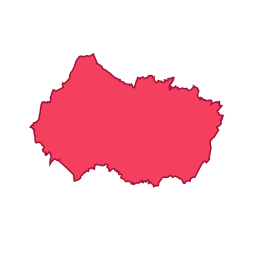 outline of Juárez, Michoacán, Mexico, rotated 217°
{"feature_id": "50627088B88478312202037", "entity_name": "Juárez", "entity_type": "district", "adm_level": 2, "iso_a3": "MEX", "parent_name": "Mexico", "parent_adm1": "Michoacán", "projection": "equal_earth", "projection_center": [-100.442, 19.293], "detail": "fine", "context": "isolated", "style": "filled", "palette": "rose", "viewbox_px": 256, "rotation_deg": 217, "n_neighbors": 0, "source": "geoboundaries", "source_scale": "gbopen_adm2", "svg_char_len": 5792}
<svg xmlns="http://www.w3.org/2000/svg" viewBox="0 0 256 256"><g transform="rotate(217 128 128)"><path d="M211.9,97.2L211.8,95.9L211.5,95.3L211.3,94.4L209.5,90.8L208.1,88.6L207.5,87.4L207.0,86.9L206.8,85.5L205.1,82.7L204.6,82.3L204.4,80.0L204.7,78.2L205.2,77.1L205.2,76.4L205.4,76.1L206.3,75.6L206.4,75.2L206.2,74.2L205.8,73.8L205.3,73.5L205.3,73.3L206.0,72.7L206.3,72.1L206.7,70.7L206.5,69.9L205.2,70.5L204.9,70.3L204.0,70.4L203.3,70.0L202.2,70.5L201.8,70.5L201.6,69.9L201.8,69.6L199.1,66.8L196.7,64.7L194.4,62.0L193.1,60.8L192.5,60.9L191.9,61.5L191.0,62.7L189.2,63.5L188.6,63.6L186.9,62.8L185.5,62.4L184.6,62.7L183.9,62.6L183.4,62.1L183.2,61.3L183.2,60.6L183.4,59.4L182.5,58.9L181.9,58.3L178.9,58.3L178.3,57.3L178.1,57.4L177.7,58.2L177.5,57.9L177.3,56.7L177.2,56.7L176.7,57.8L176.5,59.7L176.5,61.4L176.0,61.2L174.9,61.4L174.3,60.9L174.0,59.9L172.0,59.1L171.7,57.4L171.2,56.4L169.7,53.7L168.5,52.1L168.8,54.5L168.4,57.7L168.1,58.9L167.8,59.4L165.6,59.4L164.8,59.7L163.9,61.2L163.7,60.2L155.3,59.5L143.4,58.0L138.9,53.3L137.2,55.9L136.9,56.0L135.7,59.3L136.5,60.3L136.6,61.8L136.2,63.6L136.2,64.7L136.1,65.5L135.4,67.2L135.1,69.2L134.8,69.6L133.7,69.4L133.7,70.4L134.6,71.5L134.1,72.7L133.6,73.7L132.4,73.9L132.0,75.1L130.2,74.6L130.1,75.2L132.2,78.2L131.9,78.5L131.4,78.8L131.3,79.9L125.6,82.6L124.4,84.1L123.9,86.1L121.6,86.2L121.5,84.3L121.0,84.1L119.8,84.2L119.6,84.0L118.3,83.9L117.7,82.3L116.1,83.0L116.4,83.8L116.0,85.2L115.2,87.2L114.5,87.4L113.1,86.5L112.3,86.4L111.4,87.4L111.0,87.5L110.2,86.3L108.9,87.4L107.6,85.6L107.2,85.4L105.8,86.9L105.2,87.0L104.7,86.4L104.0,84.4L103.6,83.9L102.2,84.1L100.7,84.8L97.7,83.8L97.0,84.3L95.8,85.7L92.7,86.7L91.9,85.4L91.4,85.6L90.8,87.2L90.4,87.1L90.1,86.2L89.7,86.2L89.2,86.8L88.7,88.2L87.7,89.6L86.2,90.6L86.0,91.2L85.9,92.0L85.5,92.5L85.7,93.6L85.3,94.6L84.1,93.3L83.6,93.2L83.0,93.5L83.1,94.8L82.4,95.9L81.6,95.5L81.3,95.6L81.2,97.9L80.6,98.7L80.0,98.5L78.6,96.2L78.2,96.0L78.0,96.5L77.9,97.8L77.3,98.4L76.5,97.8L73.4,98.0L72.7,96.8L72.0,96.8L71.8,97.0L71.6,98.2L71.0,98.7L70.4,98.9L69.3,99.9L69.3,100.5L69.5,101.1L70.4,102.2L70.7,109.0L70.1,110.0L67.8,111.5L66.5,112.9L65.8,115.2L64.4,115.9L62.7,115.4L62.1,117.1L60.7,118.3L59.0,118.3L57.8,118.9L56.7,118.4L54.2,119.4L50.7,117.4L49.9,117.5L49.4,118.0L49.4,120.7L47.8,122.6L46.6,122.6L46.6,123.3L47.5,125.2L46.8,127.0L46.0,128.5L45.0,128.7L47.5,143.5L47.2,146.7L46.3,147.8L44.5,147.5L44.1,152.2L45.2,152.5L45.8,154.3L47.5,157.4L49.6,161.6L50.8,163.2L52.5,164.5L55.0,168.0L54.4,168.6L54.2,171.5L53.7,172.5L54.5,180.8L54.7,180.7L54.9,181.0L57.8,182.1L56.7,183.7L56.2,186.3L56.3,187.9L57.1,188.1L57.9,189.9L58.6,190.0L58.2,190.7L58.6,191.8L58.4,192.0L58.5,192.1L58.4,192.4L59.4,193.3L59.1,194.0L59.5,194.5L59.4,195.1L60.4,194.9L62.1,193.5L63.5,193.8L63.5,194.0L64.1,194.1L65.0,194.6L66.4,194.7L66.8,195.2L67.0,195.9L66.6,196.7L66.5,197.4L66.6,199.5L66.5,199.9L66.6,200.3L66.4,201.3L66.5,202.3L67.6,201.8L67.6,201.0L68.7,201.1L70.2,203.5L70.8,203.9L70.8,203.1L71.1,202.2L71.3,202.3L71.6,203.1L72.3,202.6L72.9,202.4L73.6,201.6L74.4,200.2L74.8,199.9L75.8,196.8L76.1,197.7L77.3,199.6L77.5,200.1L78.0,199.8L78.4,199.9L78.6,200.1L78.9,200.0L79.2,199.2L79.6,198.9L80.3,198.7L81.1,197.5L82.5,196.9L82.8,196.5L83.1,196.5L83.7,196.8L83.9,196.6L83.7,196.2L84.0,195.8L84.9,196.1L85.2,195.8L85.5,195.9L86.1,196.5L86.4,196.5L87.0,195.9L87.3,196.1L87.5,194.2L88.1,195.0L88.2,195.6L88.7,195.9L89.4,194.8L89.8,194.5L91.3,195.3L92.8,196.8L93.8,200.3L95.0,200.6L95.3,200.9L96.0,201.0L96.2,201.7L98.8,201.1L99.1,201.1L99.8,201.5L100.6,200.5L100.8,200.6L100.3,199.7L100.6,198.5L100.5,197.1L100.6,196.4L102.4,194.2L103.6,194.7L105.0,194.9L105.4,194.6L105.5,193.8L107.6,193.0L109.0,192.3L110.0,190.5L111.3,189.4L111.9,189.8L112.4,190.5L113.3,189.5L114.0,189.4L114.9,190.2L115.3,190.0L115.4,189.7L115.2,188.3L116.0,187.7L116.7,186.5L117.6,185.7L117.4,184.1L118.2,183.7L118.3,187.1L120.1,185.8L120.6,193.0L121.3,195.1L121.7,195.2L121.8,196.0L122.0,196.0L122.3,195.2L122.6,194.9L123.1,194.7L122.9,193.8L123.1,193.6L124.7,192.6L125.7,191.2L125.1,190.9L124.8,189.8L126.6,189.1L127.3,188.7L127.8,188.1L126.2,187.1L126.1,186.9L126.6,186.2L126.7,185.8L127.1,185.7L128.2,185.0L128.7,185.5L129.1,185.6L129.3,185.2L129.8,184.9L132.4,184.1L132.3,181.5L134.7,181.5L137.4,183.4L137.8,184.4L138.2,183.4L139.6,183.8L140.3,184.3L141.1,183.8L141.4,183.1L141.9,183.2L142.7,182.4L142.9,181.6L142.5,180.9L143.3,180.1L143.4,179.2L144.3,177.6L146.4,177.7L147.1,177.6L148.1,174.5L148.7,175.0L150.6,174.3L150.2,172.7L149.5,171.8L149.5,171.6L149.7,170.9L149.2,169.9L149.2,169.5L148.3,166.9L147.0,164.0L148.6,164.0L148.8,163.8L151.6,165.0L151.5,164.4L152.3,164.0L152.5,163.3L153.1,163.8L154.2,162.8L155.4,162.5L156.5,161.6L157.7,161.2L158.2,162.1L158.5,161.9L160.8,161.4L161.4,161.4L162.7,160.6L163.2,161.2L163.5,161.9L164.0,161.7L164.0,161.0L164.9,161.2L165.4,160.9L168.2,160.6L168.5,160.4L170.1,160.3L174.9,160.9L176.2,160.7L179.6,160.8L180.3,160.5L181.5,160.8L182.7,160.1L183.4,160.0L184.2,160.3L184.7,160.8L185.6,161.2L186.6,161.4L191.1,161.0L191.7,160.4L191.9,161.3L200.2,166.2L200.8,164.4L201.3,163.6L201.6,162.6L202.4,161.9L204.3,161.0L205.0,159.9L206.3,158.3L208.6,157.2L209.6,156.2L209.6,155.6L209.9,155.3L209.9,154.9L209.8,153.9L209.9,152.6L209.6,149.9L207.6,144.4L206.9,139.7L206.9,136.8L205.6,134.0L205.0,133.2L204.6,132.2L205.1,126.5L205.6,125.5L206.6,124.7L207.1,124.8L207.0,123.9L206.0,122.6L205.3,122.4L204.1,121.5L207.6,114.5L209.0,113.8L210.3,113.9L210.5,113.6L210.2,111.4L209.7,109.9L209.8,109.7L209.2,108.8L208.6,107.3L208.4,105.8L208.1,105.3L207.4,104.6L206.9,104.4L206.2,103.7L206.3,102.4L205.7,101.5L207.2,100.9L207.4,100.6L207.9,100.7L208.3,99.8L208.0,99.3L208.4,99.0L208.9,98.8L209.0,98.7L209.6,98.6L210.0,98.3L210.5,98.6L211.3,97.3L211.5,97.4L211.9,97.2Z" fill="#f43f5e" stroke="#9f1239" stroke-width="1.5"/></g></svg>